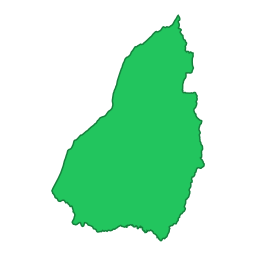 Contralmirante Villar, Tumbes, Peru (Equal Earth projection)
{"feature_id": "86281439B49517942967283", "entity_name": "Contralmirante Villar", "entity_type": "district", "adm_level": 2, "iso_a3": "PER", "parent_name": "Peru", "parent_adm1": "Tumbes", "projection": "equal_earth", "projection_center": [-80.726, -3.926], "detail": "fine", "context": "isolated", "style": "filled", "palette": "green", "viewbox_px": 256, "rotation_deg": 0, "n_neighbors": 0, "source": "geoboundaries", "source_scale": "gbopen_adm2", "svg_char_len": 5864}
<svg xmlns="http://www.w3.org/2000/svg" viewBox="0 0 256 256"><path d="M160.4,240.6L161.4,240.6L161.7,240.3L162.4,238.9L162.8,238.5L163.6,238.3L164.5,238.7L164.9,238.5L165.5,237.5L166.4,237.1L166.7,236.8L167.2,235.9L167.7,234.2L168.8,232.4L169.2,231.1L169.3,229.4L169.8,228.7L169.7,228.2L169.3,227.8L169.3,226.7L170.9,225.7L172.4,225.5L173.0,224.9L173.6,223.9L173.9,223.8L174.6,223.6L176.0,223.8L176.3,223.4L177.0,221.7L178.1,220.5L178.3,218.4L178.7,217.8L179.6,217.2L179.6,216.0L180.4,214.5L180.9,214.0L181.9,213.6L182.8,212.3L184.4,211.0L185.3,209.0L185.3,208.4L184.3,206.9L184.8,205.1L185.6,203.2L185.7,200.0L186.0,199.7L186.3,199.2L186.7,199.1L187.1,198.8L187.4,198.2L188.5,197.1L188.8,196.4L189.2,194.7L189.7,193.4L189.8,191.4L189.2,190.5L189.1,189.8L189.5,188.8L190.7,186.9L190.9,184.8L190.6,183.9L190.9,182.6L191.8,182.3L192.0,182.1L192.1,181.3L192.1,180.6L191.6,179.5L191.5,179.0L192.1,177.1L193.5,176.7L194.4,175.6L194.8,174.6L194.9,172.9L195.2,172.5L195.9,172.0L196.5,169.3L197.2,168.2L197.9,167.8L198.8,167.7L200.5,168.3L201.1,168.2L201.7,167.6L203.7,166.3L204.1,165.1L204.1,163.9L203.2,162.7L203.0,161.4L202.4,160.7L201.9,159.6L200.8,158.7L200.4,158.0L200.5,157.6L201.2,157.5L201.6,157.1L201.7,154.5L201.5,153.8L201.5,150.8L202.5,149.5L202.6,148.7L202.4,146.3L202.1,145.6L201.1,144.4L200.7,142.3L200.0,141.4L199.9,141.0L200.0,140.0L199.7,138.7L199.8,137.5L199.3,134.9L199.4,134.4L200.1,133.3L200.2,132.8L199.9,131.8L198.9,129.6L198.9,129.1L199.2,127.5L200.0,124.8L200.2,124.4L201.2,123.6L201.8,121.0L201.2,120.5L199.9,120.2L196.9,117.5L195.8,115.4L195.9,114.2L194.9,113.4L193.9,111.0L193.9,109.8L194.0,109.2L194.4,108.6L195.5,107.5L196.5,105.0L196.8,103.2L196.6,102.7L196.3,102.4L196.1,101.6L197.1,99.7L197.1,98.4L196.7,97.4L197.1,96.0L197.0,95.7L196.3,94.8L195.5,92.8L195.0,92.5L194.0,92.5L193.1,93.0L192.1,93.2L191.5,92.9L190.1,93.2L185.8,93.0L185.0,92.4L184.1,92.7L183.6,92.7L183.1,92.4L182.5,91.0L182.8,90.7L182.6,90.1L182.3,89.9L182.3,89.7L182.5,89.4L182.6,89.1L182.7,86.5L182.7,84.4L183.4,82.1L183.5,81.0L184.1,80.0L184.2,79.4L185.3,78.3L185.9,76.9L186.0,75.3L185.9,73.8L186.0,73.1L186.4,72.9L188.1,72.9L188.5,72.8L189.2,72.8L189.5,73.0L190.5,73.0L191.5,72.6L191.9,72.2L192.3,70.5L193.4,68.0L192.6,65.8L192.4,64.8L192.2,61.7L192.3,58.7L192.5,57.8L193.1,56.3L193.0,54.1L193.1,53.3L192.9,52.9L191.8,53.0L190.8,52.0L189.2,52.9L188.8,51.9L188.3,51.5L187.1,51.4L186.5,51.9L185.2,50.4L185.1,50.1L185.4,49.3L185.5,47.6L185.2,46.4L186.2,44.8L186.6,43.1L186.4,42.7L185.6,42.0L185.4,40.9L185.1,40.2L184.1,39.8L183.5,39.0L183.3,38.6L182.9,36.5L182.9,35.6L182.7,35.3L182.3,35.3L182.1,35.1L181.7,34.4L181.1,34.0L181.0,33.3L180.5,33.0L180.2,32.6L180.2,31.9L180.5,31.1L181.2,30.2L181.2,29.8L180.7,29.2L179.5,28.6L178.5,28.4L178.4,28.2L178.4,27.6L178.9,27.0L179.3,24.9L179.0,23.6L178.2,22.0L178.2,21.4L178.5,20.8L179.6,20.1L179.8,19.3L179.7,18.3L179.4,17.4L178.2,15.4L177.6,16.0L176.2,18.7L174.9,20.5L173.0,24.0L171.7,25.4L170.8,25.8L169.4,27.0L168.7,27.2L166.8,26.8L165.5,27.6L164.7,27.4L163.6,26.9L163.2,26.9L162.3,27.9L161.1,29.8L160.0,30.8L158.0,31.8L157.1,31.9L156.3,31.5L155.4,31.9L153.2,34.0L151.4,36.4L150.4,37.1L146.9,40.5L145.1,42.1L144.0,42.9L143.0,44.1L141.5,44.5L140.4,44.2L139.8,44.7L137.7,45.9L136.8,46.7L135.9,46.7L135.1,46.9L134.6,47.6L132.8,50.4L131.3,52.2L130.8,53.7L129.9,55.3L127.6,57.2L127.1,57.2L126.6,57.4L125.4,58.6L124.9,59.6L124.3,61.5L123.3,63.3L122.4,66.0L122.1,67.5L121.4,68.7L119.7,73.7L117.4,80.9L116.7,84.9L115.8,86.8L115.5,88.1L114.3,90.6L114.1,91.7L113.4,93.4L112.4,100.1L112.4,101.4L112.9,103.9L112.8,105.5L112.0,108.4L110.5,110.1L108.9,111.1L108.1,111.9L105.5,115.6L104.1,116.4L102.1,117.0L100.2,117.8L99.4,118.7L98.6,120.0L97.6,120.6L96.2,123.1L94.8,124.0L93.6,125.3L90.4,127.7L89.8,128.5L89.0,129.0L87.7,130.5L86.3,131.3L82.9,134.3L81.5,135.2L80.6,135.2L77.3,139.0L75.9,140.0L74.7,140.3L74.2,140.8L73.8,141.9L73.2,144.4L71.7,147.7L70.5,149.1L69.2,149.4L68.3,150.1L67.7,150.8L67.0,153.7L66.6,154.6L65.4,158.6L64.5,160.8L63.2,166.1L60.8,172.9L58.4,178.1L53.0,188.3L51.9,190.9L52.4,191.7L52.8,193.3L53.4,193.8L54.7,195.8L55.0,197.2L55.5,197.8L57.1,198.5L58.3,200.8L59.0,201.2L60.2,201.4L62.3,200.3L63.9,200.2L64.9,201.3L65.8,202.8L67.4,202.5L67.7,202.9L68.0,203.7L69.2,204.7L70.1,206.4L70.6,206.5L71.5,206.1L72.1,206.4L72.4,207.8L73.3,210.4L73.1,211.8L73.9,212.3L74.9,214.6L74.8,215.8L74.3,217.0L74.1,218.2L73.6,219.6L73.1,220.2L72.3,221.9L72.3,222.6L73.4,224.2L74.2,224.2L75.3,224.7L76.0,224.7L76.9,224.4L78.7,223.0L80.0,222.5L80.4,222.7L81.5,225.5L82.0,226.1L82.5,226.4L83.1,226.2L83.7,225.7L84.6,222.7L85.0,222.6L85.9,222.9L87.0,223.3L88.2,225.0L90.7,225.7L92.6,226.7L93.5,228.7L94.9,229.0L96.0,229.6L96.9,231.5L97.8,232.0L100.5,231.5L101.5,231.6L102.7,230.4L103.4,231.0L104.0,231.2L104.4,231.2L105.2,230.6L106.1,230.8L107.1,231.3L108.2,230.3L109.2,230.3L110.3,230.7L110.9,230.6L112.1,230.2L113.3,229.1L114.8,229.2L116.2,228.1L117.3,227.6L118.2,226.7L120.8,225.4L121.9,226.4L122.5,226.4L124.6,227.1L125.2,226.9L125.8,226.4L126.5,227.2L127.0,227.1L127.1,226.9L126.8,225.7L127.4,225.3L128.3,225.6L129.0,225.2L129.6,225.2L130.3,224.7L131.3,224.8L131.9,225.4L132.1,225.5L132.4,225.0L133.1,225.5L133.3,226.5L133.8,226.8L135.0,226.9L135.7,226.1L136.6,226.0L137.2,226.9L137.2,227.5L137.6,227.7L137.4,228.4L137.7,228.6L138.2,228.5L138.4,227.7L139.6,227.4L139.8,227.2L140.3,227.4L140.2,226.3L140.5,226.2L141.0,226.5L141.2,227.1L141.6,227.5L142.1,227.4L142.4,227.5L142.5,228.0L142.4,228.6L142.5,229.6L143.9,231.1L144.1,230.8L144.3,230.8L145.0,232.5L145.4,232.5L145.8,232.2L146.4,232.3L146.6,231.7L147.2,231.5L147.1,230.7L147.5,230.9L148.1,230.5L148.7,230.8L149.2,230.8L149.9,230.6L150.7,230.0L151.5,230.7L152.1,230.9L153.1,231.9L153.2,232.6L153.8,233.4L155.2,234.1L156.5,235.2L157.2,236.7L157.1,236.9L157.1,237.4L157.8,237.2L158.2,237.7L158.5,238.7L159.4,239.3L160.4,240.6Z" fill="#22c55e" stroke="#15803d" stroke-width="1.5"/></svg>